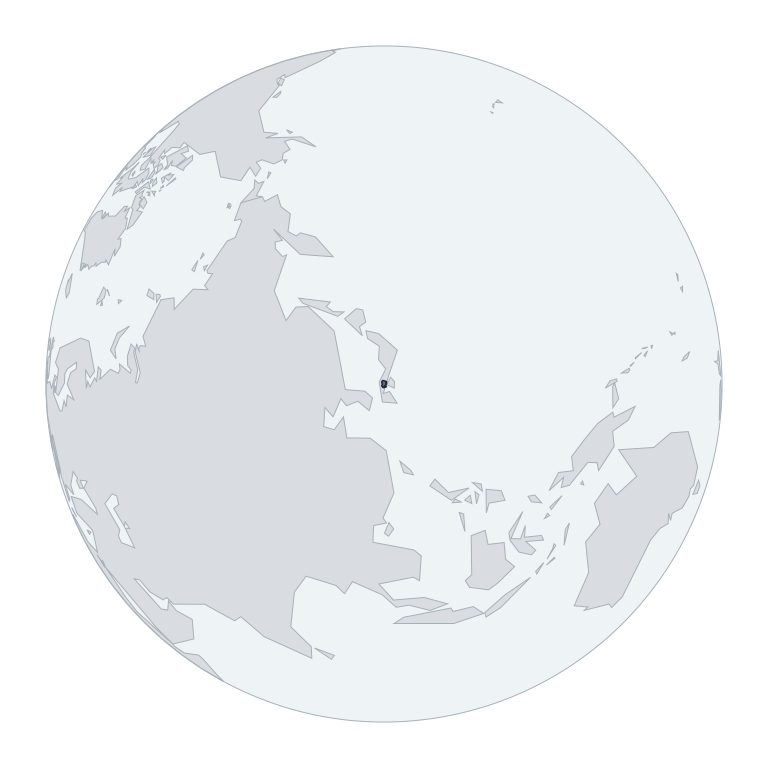 Hiroshima on an orthographic globe, rotated 299°
{"feature_id": "JPN-1821", "entity_name": "Hiroshima", "entity_type": "Prefecture", "adm_level": 1, "iso_a3": "JPN", "parent_name": "Japan", "parent_adm1": "", "projection": "orthographic", "projection_center": [132.763, 34.576], "detail": "fine", "context": "on_globe", "style": "filled", "palette": "slate", "viewbox_px": 768, "rotation_deg": 299, "n_neighbors": 0, "source": "natural_earth", "source_scale": "10m", "svg_char_len": 13296}
<svg xmlns="http://www.w3.org/2000/svg" viewBox="0 0 768 768"><g transform="rotate(299 384 384)"><circle cx="384" cy="384" r="338" fill="#eef3f6" stroke="#a8b0b8"/><path d="M622.4,586.1L622.2,587.7L621.8,588.1L622.4,586.1ZM650.3,176.0L649.4,175.1L651.9,178.0L656.2,183.8L650.3,177.5L650.5,180.8L635.2,171.5L603.9,148.9L606.6,147.2L598.7,142.7L594.9,145.0L594.3,147.7L562.2,142.1L546.0,156.9L551.8,169.7L541.9,161.3L560.2,192.1L558.4,209.4L553.8,185.1L548.1,179.3L543.6,188.0L536.8,184.0L530.7,186.3L523.1,181.0L520.9,168.3L516.0,164.9L513.0,171.5L503.5,171.0L508.6,161.7L492.4,160.2L485.9,140.7L505.7,123.5L495.5,111.6L498.4,92.1L491.5,90.9L488.3,84.0L479.1,80.4L482.3,78.7L472.3,77.4L471.2,79.8L466.4,80.2L460.9,78.5L464.0,75.7L467.1,76.1L465.2,74.5L469.1,74.0L464.0,73.3L468.4,70.7L456.0,71.0L452.7,67.0L457.8,65.9L467.7,69.1L504.2,77.3L512.4,78.7L514.0,76.8L494.9,65.9L499.6,66.9L498.3,66.0L490.9,63.5L489.3,63.6L475.2,59.7L474.9,61.1L469.1,60.1L464.5,61.1L454.0,58.0L446.2,54.7L449.4,54.0L446.1,52.8L433.9,51.6L431.1,49.5L422.8,48.3L446.8,52.0L470.6,57.4L493.9,64.4L516.6,73.2L538.6,83.5L559.9,95.5L580.2,108.9L599.5,123.7L617.7,139.9L634.7,157.4L650.3,176.0ZM687.2,351.2L684.4,345.1L687.7,345.7L687.2,351.2ZM681.6,343.6L682.8,345.2L681.6,344.3L681.6,343.6ZM680.0,344.5L681.1,343.9L680.1,345.3L680.0,344.5ZM678.1,346.6L679.0,345.1L679.0,345.6L678.1,346.6ZM674.3,347.6L673.2,347.7L673.8,345.7L674.3,347.6ZM595.1,149.8L595.6,145.6L601.5,145.4L601.9,149.2L595.1,149.8ZM582.8,151.4L581.1,147.8L590.0,151.8L588.3,152.6L582.8,151.4ZM557.4,180.3L559.0,175.5L559.8,181.7L557.4,180.3ZM531.3,187.6L532.9,190.4L529.1,190.5L531.3,187.6ZM470.6,62.9L467.7,62.0L470.1,62.3L470.6,62.9ZM471.5,64.4L476.4,65.4L477.5,66.3L474.5,65.7L471.5,64.4ZM513.8,182.7L507.0,182.4L513.5,180.4L513.8,182.7ZM465.2,63.2L478.9,67.8L480.7,69.4L470.7,68.8L465.2,63.2ZM502.9,180.7L486.6,181.0L488.9,186.9L473.1,171.0L492.2,175.6L499.8,172.0L498.6,177.0L502.9,180.7ZM473.2,81.3L474.1,78.7L478.4,82.5L473.2,81.3ZM477.1,83.8L497.0,96.6L492.9,100.2L487.1,94.9L485.8,101.5L473.9,96.8L472.0,92.2L477.0,90.6L468.6,90.2L477.1,83.8ZM466.9,162.7L462.6,161.1L466.7,160.4L466.9,162.7ZM464.8,80.7L469.2,82.7L466.0,85.9L456.5,82.5L460.6,82.5L464.8,80.7ZM491.2,105.7L487.1,107.9L476.4,104.6L473.4,105.1L473.3,97.1L491.2,105.7ZM458.6,80.9L451.9,80.8L448.4,77.9L460.3,79.0L458.6,80.9ZM469.1,88.3L467.1,89.7L465.1,87.7L469.1,88.3ZM432.4,68.7L437.7,70.4L436.5,72.1L432.4,68.7ZM449.6,81.0L450.8,82.0L450.9,83.0L445.9,82.4L449.6,81.0ZM465.7,95.6L462.1,93.9L465.2,98.6L457.3,96.8L458.7,92.0L454.8,93.3L452.4,92.8L456.2,89.5L465.7,95.6ZM441.1,85.1L440.1,79.0L430.5,75.1L431.4,73.3L446.7,80.1L441.1,85.1ZM449.6,87.9L444.5,85.6L448.2,84.3L453.9,85.0L449.6,87.9ZM451.5,97.5L463.2,101.5L462.5,102.5L451.5,97.5ZM437.6,84.1L437.9,85.6L436.5,83.9L437.6,84.1ZM446.4,93.5L450.7,94.7L449.7,95.7L446.4,93.5ZM435.0,87.9L434.7,85.8L438.5,86.1L435.0,87.9ZM439.6,90.7L437.3,91.9L440.1,87.4L441.7,91.0L439.6,90.7ZM444.8,94.3L445.7,95.3L443.2,93.7L444.8,94.3ZM420.4,88.4L423.0,82.8L431.6,83.3L427.9,88.6L420.4,88.4ZM117.0,176.9L116.7,177.3L119.3,174.8L102.4,201.8L97.8,215.1L114.7,200.2L122.3,177.7L134.0,164.9L136.2,174.9L131.1,196.5L135.5,192.3L147.4,172.1L155.1,171.4L152.6,164.9L147.0,171.7L145.3,168.3L150.3,162.0L152.8,161.7L156.8,154.5L143.7,159.0L136.7,166.4L141.9,153.8L130.6,165.3L128.9,165.4L147.2,146.2L152.2,142.4L179.0,118.6L174.2,121.2L148.6,144.3L152.6,139.8L146.0,144.9L154.2,137.5L183.4,113.0L194.0,104.6L193.9,104.6L212.9,92.6L215.1,91.4L232.9,81.9L224.4,86.5L228.9,84.5L221.6,89.1L224.2,90.5L218.7,95.5L232.3,91.8L231.3,94.2L223.6,95.4L215.3,99.5L203.2,113.9L204.5,115.4L214.3,112.3L209.7,117.2L220.8,112.4L219.9,120.4L230.2,107.0L241.9,104.4L248.3,107.5L254.0,104.6L243.7,99.7L237.9,100.0L230.0,104.0L215.9,104.7L217.4,100.9L239.1,92.1L243.5,86.3L258.5,83.2L277.1,96.4L278.5,105.0L254.5,124.8L247.0,123.9L251.8,115.9L235.8,125.8L242.6,123.7L238.9,128.3L249.1,128.0L247.0,131.3L260.5,125.8L259.0,129.9L250.4,133.3L264.3,137.6L264.5,146.5L268.7,146.0L273.2,143.0L270.4,156.9L273.7,156.0L275.8,151.0L283.6,146.2L296.3,143.4L294.7,148.4L289.9,150.0L277.3,161.5L264.7,166.0L265.4,167.8L275.9,165.2L291.2,151.0L299.3,148.1L293.1,155.0L296.0,152.2L299.5,152.3L301.5,157.3L308.8,150.1L349.7,148.1L357.6,158.6L347.5,164.3L374.4,171.1L381.1,184.3L383.1,179.4L397.3,180.6L395.4,176.3L397.4,174.2L433.0,177.5L440.0,182.9L457.6,180.6L458.6,178.3L454.3,174.0L473.1,171.0L488.9,186.9L485.8,191.1L497.9,199.0L489.1,207.9L487.4,219.6L470.8,226.1L470.9,235.5L475.7,237.6L479.4,252.7L470.6,277.9L456.8,247.9L465.9,212.3L460.4,225.5L455.4,220.0L449.6,223.4L446.3,233.5L449.7,236.2L412.5,242.7L392.0,267.5L408.6,269.7L415.0,280.1L406.2,314.7L360.3,352.9L368.4,370.7L366.3,380.7L353.5,384.1L356.2,369.5L346.8,361.7L350.3,353.4L330.6,355.4L334.8,343.8L317.5,351.9L319.8,362.6L335.6,364.5L318.8,377.6L329.9,398.1L326.8,418.2L293.6,445.5L266.3,448.1L263.7,453.6L255.1,443.5L240.2,451.0L253.3,490.5L251.7,499.9L229.2,510.4L229.3,503.3L206.6,476.5L199.7,497.1L216.8,522.8L222.6,546.2L208.3,534.1L202.7,513.1L194.7,503.0L198.8,484.6L195.8,452.2L181.5,451.2L184.5,439.7L178.2,409.1L158.6,406.5L126.4,420.2L118.9,447.8L109.1,453.8L104.9,401.7L111.1,371.6L104.5,368.2L104.4,333.9L89.5,306.8L91.9,297.6L88.1,295.5L88.7,279.8L94.2,265.5L92.5,260.1L79.2,298.2L81.5,304.4L89.8,300.7L85.1,312.3L85.1,330.4L68.9,341.3L54.3,325.5L60.5,303.3L88.8,229.2L92.2,224.9L92.6,224.2L93.5,222.9L88.2,228.8L95.7,215.7L72.3,261.5L65.1,278.5L54.0,326.1L53.1,327.3L51.9,339.7L57.0,353.3L55.4,359.8L48.3,380.1L46.1,388.0L46.7,362.8L49.3,337.8L53.6,312.9L59.9,288.5L67.9,264.6L77.7,241.4L89.1,218.9L102.3,197.4L117.0,176.9ZM117.9,231.3L119.9,245.3L132.5,227.5L134.3,231.7L137.9,224.4L133.4,226.2L144.2,207.8L150.0,210.5L156.6,204.4L156.2,199.5L144.0,197.9L128.4,223.6L122.2,225.5L117.9,231.3ZM260.7,71.3L254.0,74.1L250.5,74.8L257.5,70.9L262.6,69.6L260.7,71.3ZM245.2,78.2L264.9,72.0L261.3,74.9L260.0,74.2L255.6,76.7L252.4,76.4L229.8,86.3L225.3,87.7L240.7,78.3L238.1,80.2L244.8,77.0L245.2,78.2ZM321.2,58.3L329.7,57.7L311.0,64.5L305.3,64.4L311.9,59.9L322.5,57.4L321.2,58.3ZM444.8,62.1L449.3,62.9L448.4,63.5L444.0,63.3L444.8,62.1ZM435.0,69.3L424.5,59.8L429.1,60.0L417.5,55.2L425.0,54.2L432.3,57.1L429.3,53.3L438.9,55.6L435.6,53.1L451.0,59.8L459.4,62.4L447.1,59.8L440.0,60.5L439.5,61.6L444.3,66.9L459.0,73.7L454.3,76.2L447.0,76.3L442.8,75.0L447.2,73.6L438.3,73.0L441.5,70.0L435.0,69.3ZM365.0,86.3L371.9,83.2L354.6,85.2L357.7,80.7L355.5,81.3L353.5,77.9L347.4,75.1L350.3,73.3L346.6,73.0L345.3,71.1L341.3,70.3L345.0,67.0L340.4,65.9L344.8,65.1L335.9,64.1L344.2,63.5L343.3,61.6L335.7,63.2L365.9,51.9L372.1,49.0L372.7,47.4L386.9,47.6L395.5,49.8L399.4,53.7L391.4,57.0L399.3,56.9L397.8,58.7L392.1,58.0L399.9,60.2L397.2,61.6L400.6,67.6L413.5,70.9L415.1,73.6L408.7,73.0L414.8,76.1L403.7,77.0L404.6,79.1L394.6,82.6L381.7,80.9L383.6,83.5L376.1,86.7L365.0,86.3ZM417.3,89.2L401.2,87.3L394.9,84.3L415.0,79.7L415.7,77.7L428.4,75.5L437.2,80.3L432.7,80.4L430.5,81.6L428.6,79.6L428.4,82.2L422.3,82.6L420.5,84.8L415.8,83.5L417.3,89.2ZM154.2,136.4L151.3,139.3L148.0,142.9L143.8,146.6L154.2,136.4ZM168.1,124.0L173.9,119.4L172.1,121.0L164.5,127.1L167.2,124.8L168.1,124.0ZM177.6,117.1L172.6,120.6L177.2,117.1L177.6,117.1ZM222.6,97.0L221.5,98.9L218.8,100.1L216.5,100.3L222.6,97.0ZM314.5,94.2L319.4,92.2L320.7,92.9L332.7,91.9L331.4,95.5L323.7,97.6L314.5,94.2ZM112.3,199.6L109.8,199.3L112.2,195.4L112.5,196.2L112.3,199.6ZM124.6,170.8L118.7,179.5L123.6,171.7L124.6,170.8ZM315.1,98.0L320.2,97.0L316.4,99.5L315.1,98.0ZM331.1,98.3L327.7,101.2L332.7,95.9L331.1,98.3ZM304.5,613.9L314.9,616.9L314.6,618.0L304.5,613.9ZM293.7,607.5L305.2,610.3L291.9,609.7L293.7,607.5ZM309.8,611.4L321.6,611.3L326.7,610.2L326.0,612.5L309.8,611.4ZM285.9,605.9L245.2,594.5L229.6,586.2L232.9,583.0L258.2,592.0L285.9,605.9ZM231.7,582.4L208.3,561.1L179.4,508.9L189.7,514.5L220.6,551.3L218.5,554.6L232.6,570.0L231.7,582.4ZM289.7,575.3L287.6,586.8L264.8,579.9L254.6,575.1L247.6,557.4L251.5,550.5L259.7,553.2L293.6,533.8L305.0,543.4L294.1,552.8L303.6,565.9L289.7,575.3ZM119.4,451.3L122.6,472.2L117.7,471.4L119.4,451.3ZM308.9,516.7L294.2,526.3L308.1,512.1L308.9,516.7ZM318.0,502.1L318.1,508.8L313.2,501.3L318.0,502.1ZM261.9,462.8L253.1,461.7L253.6,456.8L265.2,455.5L261.9,462.8ZM324.3,435.2L321.4,449.4L318.8,453.8L316.1,444.3L324.3,435.2ZM311.4,133.3L296.0,130.2L284.1,131.6L276.1,137.5L280.9,128.3L299.2,126.1L311.4,133.3ZM345.2,145.5L352.1,141.1L353.6,144.5L352.2,146.0L345.2,145.5ZM346.2,141.7L346.4,133.8L353.2,132.4L351.7,138.9L346.2,141.7ZM330.0,114.1L325.6,112.8L328.8,110.6L330.0,114.1ZM545.8,678.4L551.0,676.5L541.7,682.2L528.3,689.2L514.5,695.0L545.8,678.4ZM440.3,711.0L437.2,707.7L452.4,705.8L448.4,709.4L440.3,711.0ZM555.3,672.6L563.4,666.3L564.0,662.1L566.1,664.7L575.5,660.0L554.4,674.7L555.3,672.6ZM376.8,692.8L313.6,695.6L298.9,691.5L300.6,687.5L283.1,668.9L287.7,670.3L282.2,657.9L318.4,654.4L343.6,636.9L366.1,640.9L381.7,625.9L405.5,628.4L399.6,641.0L425.8,649.8L440.3,621.2L459.3,650.7L480.4,658.7L489.9,673.2L463.5,698.5L445.5,704.0L440.7,702.8L433.6,705.1L420.5,705.0L410.5,698.7L403.6,700.8L409.0,695.5L399.6,700.2L391.5,695.4L376.8,692.8ZM548.7,633.6L553.0,633.2L560.6,635.6L553.7,636.7L548.7,633.6ZM611.7,596.7L614.2,597.7L609.5,600.4L611.7,596.7ZM621.8,588.1L616.2,591.7L622.4,586.1L621.8,588.1ZM567.9,612.3L570.3,613.4L568.6,614.5L567.9,612.3ZM566.1,612.2L568.2,608.7L568.3,611.6L566.1,612.2ZM544.6,601.1L546.9,599.0L548.1,600.0L544.6,601.1ZM330.2,619.7L344.3,613.2L352.4,613.5L330.2,619.7ZM540.8,598.4L534.6,599.2L535.1,597.4L540.8,598.4ZM540.9,594.4L540.0,592.1L544.3,596.9L540.9,594.4ZM528.8,591.0L536.5,594.1L528.0,591.7L528.8,591.0ZM524.4,592.3L519.0,591.1L519.4,590.3L524.4,592.3ZM466.4,601.2L486.2,614.5L470.9,615.2L453.5,606.9L441.1,615.5L412.3,613.7L418.5,608.6L414.3,600.3L385.3,595.2L379.4,589.2L389.5,586.4L370.8,580.1L391.2,579.5L399.9,591.6L411.5,583.3L432.4,586.2L453.1,590.0L470.3,597.8L466.4,601.2ZM391.9,604.4L395.5,604.6L392.5,607.7L391.9,604.4ZM508.7,586.3L516.6,590.7L515.7,592.2L512.0,591.8L508.7,586.3ZM474.2,595.7L492.5,585.3L496.9,585.1L484.9,596.4L474.2,595.7ZM487.7,579.6L496.5,580.2L501.3,585.0L499.5,586.6L487.7,579.6ZM350.1,589.7L349.4,592.7L344.2,589.6L350.1,589.7ZM356.8,588.7L372.7,593.9L355.4,591.2L356.8,588.7ZM310.4,570.0L314.8,578.5L328.7,576.2L318.1,581.2L327.9,595.2L324.8,599.2L315.0,584.3L312.2,597.3L306.1,595.8L302.4,583.5L308.3,570.2L314.5,565.3L339.8,567.2L310.4,570.0ZM356.5,579.5L352.4,570.0L355.6,564.4L360.0,569.7L356.5,579.5ZM340.9,546.2L330.7,533.6L320.9,536.0L341.4,524.3L347.6,538.3L340.9,546.2ZM333.2,520.8L324.0,523.0L334.0,515.7L333.2,520.8ZM322.0,518.9L321.6,510.9L328.5,513.3L322.0,518.9ZM337.9,522.0L340.7,509.2L343.7,517.5L337.9,522.0ZM320.3,493.0L334.2,508.7L315.0,499.4L317.1,473.5L325.5,474.6L320.3,493.0ZM385.3,395.0L384.8,387.0L393.2,386.4L391.1,392.1L385.3,395.0ZM420.0,379.3L395.2,383.7L375.3,388.0L380.2,392.4L373.5,404.8L367.5,391.3L383.3,378.9L398.0,378.2L402.6,367.5L414.8,361.5L415.8,347.6L421.9,342.4L425.5,355.0L420.0,379.3ZM415.7,341.7L421.9,317.9L436.5,323.2L438.4,329.5L429.4,338.0L422.2,334.7L415.7,341.7ZM427.6,313.9L420.8,310.7L415.3,274.1L417.8,267.9L429.7,297.3L423.8,296.0L422.6,304.5L427.6,313.9ZM462.7,164.0L462.7,161.4L465.5,163.9L462.7,164.0ZM396.0,171.9L399.2,169.4L402.4,172.0L396.0,171.9ZM409.8,164.1L404.0,162.8L410.8,162.1L409.8,164.1ZM390.8,160.5L402.0,161.3L390.3,163.6L390.8,160.5Z" fill="#d9dde1" stroke="#a8b0b8" stroke-width="1"/><path d="M387.3,384.6L387.2,384.6L387.2,384.8L386.8,385.3L386.7,385.4L386.6,385.5L386.4,385.4L386.5,385.4L386.7,385.2L386.4,385.1L386.5,385.0L386.5,384.9L386.4,384.9L386.3,385.2L386.2,385.3L386.1,385.5L385.9,385.7L385.8,385.8L385.7,385.9L385.5,385.5L385.7,385.4L385.7,385.5L385.8,385.5L385.9,385.3L386.0,385.3L385.9,385.2L385.7,385.1L385.6,385.3L385.4,385.4L385.2,385.5L384.7,385.5L384.4,385.7L384.2,385.7L384.1,385.8L384.1,386.0L383.8,386.0L383.7,386.1L383.3,386.2L383.2,386.1L383.0,386.3L382.9,386.2L383.0,386.1L382.9,386.0L382.8,385.8L382.8,385.7L382.7,385.7L382.8,385.6L382.7,385.5L382.8,385.5L382.8,385.4L382.7,385.3L382.4,385.3L382.3,385.2L382.2,385.2L382.0,385.3L381.8,385.5L381.4,386.0L381.5,386.3L381.4,386.3L381.3,386.2L381.1,386.1L380.9,385.9L380.6,385.3L380.6,384.8L380.5,384.7L380.5,384.4L380.8,384.1L380.9,383.9L380.9,383.7L381.0,383.5L381.0,383.4L381.0,383.2L381.3,383.0L381.4,382.9L381.5,382.8L381.8,382.8L382.0,382.8L382.3,382.8L382.3,382.7L382.5,382.7L382.8,382.7L383.1,382.6L383.5,382.5L383.6,382.4L383.5,382.2L383.4,382.2L383.5,382.1L383.6,381.9L383.8,381.8L383.9,381.7L384.2,381.3L384.3,381.2L384.5,381.0L384.8,381.1L385.1,381.0L385.3,381.1L385.6,381.1L385.8,381.1L386.3,381.1L386.6,381.5L386.6,381.9L386.6,382.0L386.7,382.3L386.9,382.7L386.9,382.8L386.9,383.0L387.0,383.3L387.1,383.6L387.1,383.8L387.1,384.0L387.3,384.3L387.3,384.5L387.3,384.6ZM383.0,387.0L382.9,386.9L382.6,386.9L382.7,386.7L382.8,386.6L382.7,386.5L382.7,386.4L382.8,386.4L383.0,386.4L382.9,386.5L383.0,386.6L383.0,386.8L383.1,386.7L383.1,386.8L383.0,387.0ZM384.8,385.8L384.8,385.7L384.8,385.8L384.8,386.0L384.7,386.1L384.4,386.1L384.5,385.9L384.8,385.8ZM381.9,385.6L382.0,385.6L381.9,385.8L381.7,386.0L381.6,385.9L381.7,385.7L381.8,385.6L381.9,385.6ZM383.9,386.2L384.0,386.3L383.9,386.4L383.9,386.5L383.9,386.4L383.7,386.3L383.7,386.2L383.8,386.2L383.9,386.2Z" fill="#64748b" stroke="#1e293b" stroke-width="1.5"/></g></svg>